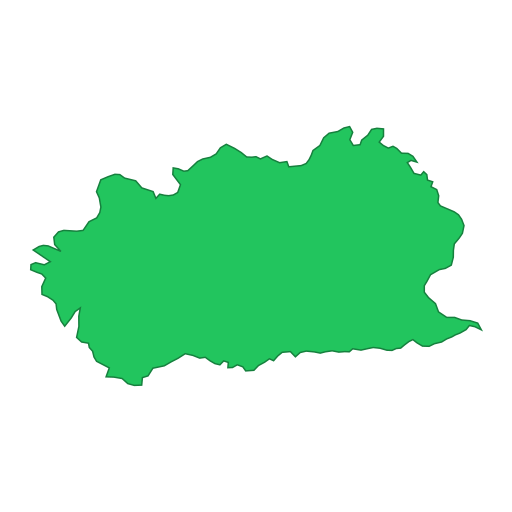 Riversul, São Paulo, Brazil (orthographic projection)
{"feature_id": "56859067B40237510471645", "entity_name": "Riversul", "entity_type": "district", "adm_level": 2, "iso_a3": "BRA", "parent_name": "Brazil", "parent_adm1": "São Paulo", "projection": "orthographic", "projection_center": [-49.443, -23.844], "detail": "fine", "context": "isolated", "style": "filled", "palette": "green", "viewbox_px": 512, "rotation_deg": 0, "n_neighbors": 0, "source": "geoboundaries", "source_scale": "gbopen_adm2", "svg_char_len": 2775}
<svg xmlns="http://www.w3.org/2000/svg" viewBox="0 0 512 512"><path d="M416.9,162.1L412.9,156.3L408.1,153.4L401.5,153.2L396.7,148.4L393.0,146.3L388.3,148.1L383.3,145.5L379.2,142.1L383.5,136.3L383.5,128.9L376.9,128.3L371.6,129.4L367.8,135.2L361.7,140.1L360.1,144.7L353.3,145.5L349.8,139.7L352.7,132.3L349.6,126.6L343.9,128.0L337.9,131.5L329.1,133.2L323.7,137.8L319.9,145.5L313.0,150.5L311.3,155.1L309.1,159.6L306.2,163.5L301.2,165.6L294.9,166.2L288.8,166.8L286.9,161.6L279.6,162.7L272.1,159.4L267.0,156.0L260.4,158.9L256.0,156.7L251.9,157.2L246.7,157.0L241.3,152.6L234.6,148.4L226.3,144.3L220.4,147.8L216.2,153.9L210.4,157.3L202.7,159.0L197.5,161.6L193.3,165.6L187.8,170.7L183.8,171.2L178.3,168.8L173.2,167.9L172.8,174.5L180.5,184.7L177.7,192.5L173.3,195.0L168.6,195.7L164.5,195.3L159.7,194.2L155.9,198.4L153.1,191.6L141.8,187.9L135.7,180.8L124.6,178.1L119.8,174.6L114.9,174.3L108.1,176.7L100.8,179.8L96.5,191.7L99.3,197.9L100.9,207.1L99.8,212.6L96.7,217.9L89.0,221.7L83.1,230.4L76.7,231.2L63.8,230.4L58.5,231.9L53.8,237.2L54.7,244.6L60.9,251.4L48.1,245.9L43.3,245.4L39.1,246.5L33.2,250.0L50.3,261.7L44.3,264.8L35.6,262.7L31.0,264.6L30.7,269.7L36.9,272.3L41.8,274.0L45.7,278.1L41.8,286.6L42.0,294.4L47.6,296.7L53.0,300.2L56.1,303.9L56.7,309.4L61.1,321.1L64.7,326.2L71.2,318.0L75.2,311.5L80.3,307.9L78.8,316.3L78.9,326.4L77.7,332.2L76.6,337.4L81.6,342.0L88.5,343.2L89.3,347.5L92.6,351.2L94.0,357.0L96.6,361.3L109.3,367.9L106.1,376.8L113.9,377.1L122.1,378.5L127.8,383.6L134.3,385.4L141.7,385.1L142.4,377.6L148.0,375.9L152.9,368.2L164.3,365.8L171.4,361.7L178.0,358.3L185.2,353.7L192.9,355.4L199.7,358.1L205.3,357.3L210.2,360.9L214.9,363.6L219.9,364.8L223.7,360.9L228.3,362.4L227.9,367.7L232.5,367.5L237.3,364.8L242.8,366.8L245.7,370.9L253.9,370.3L258.5,365.5L264.6,362.2L269.4,358.8L273.6,360.7L277.8,355.9L282.2,352.3L290.4,351.6L295.4,356.8L300.2,352.5L306.2,351.1L314.3,351.9L320.3,353.1L325.3,351.8L332.2,350.8L338.8,352.1L344.8,351.6L349.3,351.8L352.7,348.8L361.0,350.1L368.2,348.5L373.2,347.5L379.9,348.2L386.9,350.2L392.0,350.4L396.3,348.5L400.7,348.1L404.5,344.9L409.0,341.5L412.9,339.6L416.8,342.7L422.5,346.1L429.1,346.3L434.4,343.7L441.6,342.0L446.7,338.9L451.8,336.9L455.5,334.8L459.9,333.1L466.1,329.6L469.4,325.5L474.9,326.7L481.3,329.8L477.7,323.1L470.0,320.7L461.7,320.0L454.6,317.4L446.7,317.4L438.5,311.9L435.5,303.7L428.5,297.6L424.3,292.2L424.3,285.7L426.9,281.4L430.5,274.7L439.3,269.6L445.3,268.4L451.3,265.1L453.3,257.2L453.4,250.3L454.3,243.9L459.3,237.9L462.4,233.3L464.0,225.6L461.6,219.3L458.5,214.8L454.3,211.9L440.4,205.9L437.9,202.5L438.7,195.8L436.7,189.6L431.0,186.7L432.7,181.8L427.5,180.1L426.8,174.6L423.7,171.7L420.8,175.1L414.0,173.4L410.5,167.4L407.3,162.6L411.0,160.4L416.9,162.1Z" fill="#22c55e" stroke="#15803d" stroke-width="1.5"/></svg>